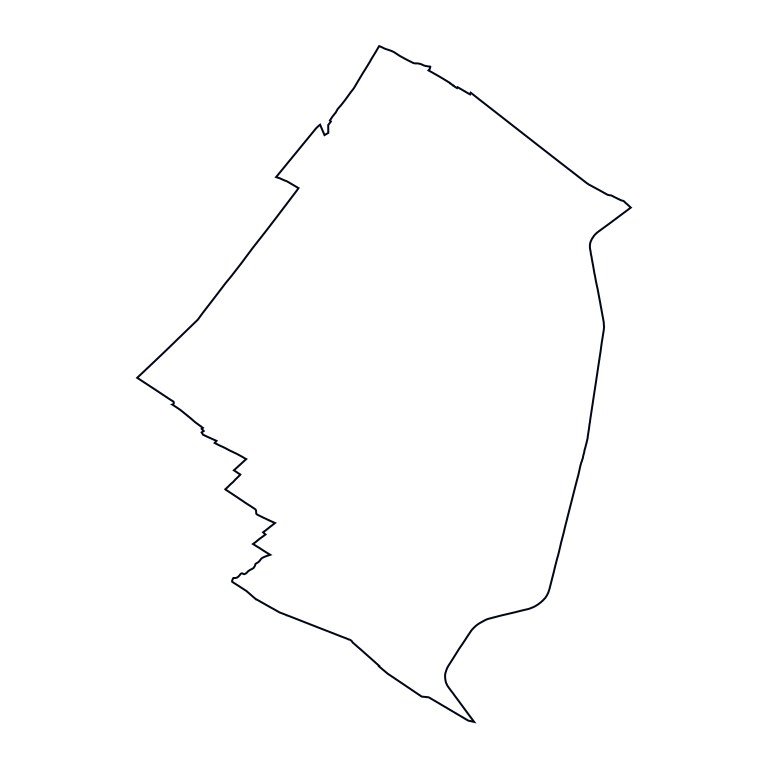 Lisse, Zuid-Holland, Netherlands (Equal Earth projection)
{"feature_id": "6326949B71801070478852", "entity_name": "Lisse", "entity_type": "district", "adm_level": 2, "iso_a3": "NLD", "parent_name": "Netherlands", "parent_adm1": "Zuid-Holland", "projection": "equal_earth", "projection_center": [4.545, 52.254], "detail": "fine", "context": "isolated", "style": "outline", "palette": "ink", "viewbox_px": 768, "rotation_deg": 0, "n_neighbors": 0, "source": "geoboundaries", "source_scale": "gbopen_adm2", "svg_char_len": 6004}
<svg xmlns="http://www.w3.org/2000/svg" viewBox="0 0 768 768"><path d="M630.8,207.6L626.8,203.9L626.1,203.4L624.8,202.1L624.1,201.4L623.5,201.0L623.3,200.9L620.8,200.2L614.3,197.0L612.6,196.1L611.7,195.6L610.9,195.4L609.4,195.2L608.9,195.1L607.4,194.7L599.7,190.4L591.6,186.0L589.9,185.1L588.6,184.4L587.7,183.7L586.7,183.1L583.9,180.9L559.2,161.8L537.5,144.9L493.6,110.6L478.7,99.0L472.9,94.4L470.7,92.7L470.0,94.4L459.2,88.1L457.6,87.2L457.0,88.1L453.1,85.6L453.3,85.4L452.7,85.0L450.1,83.4L450.2,83.1L448.2,81.9L442.7,78.5L437.9,75.7L436.0,74.6L431.2,71.9L428.5,70.4L429.5,69.3L429.8,68.8L430.3,66.7L430.0,66.5L429.3,66.5L428.9,66.5L428.2,66.4L425.8,66.0L424.3,65.6L423.5,65.3L422.2,64.7L420.6,64.0L418.7,63.6L417.9,63.4L415.8,63.4L414.3,63.3L413.8,63.1L412.9,62.8L408.1,60.4L405.2,58.9L399.6,55.8L394.4,52.4L393.8,52.0L391.6,51.0L390.2,50.5L389.4,50.2L386.0,49.1L384.4,48.5L382.9,47.7L379.2,46.1L378.6,47.0L375.4,52.5L372.0,58.0L371.2,59.3L370.1,61.4L367.3,66.0L365.4,69.1L364.6,70.4L363.4,72.2L355.7,85.1L354.0,88.0L353.7,88.4L353.1,89.3L351.0,91.9L345.5,99.5L342.8,103.0L340.8,105.5L339.1,107.4L337.7,109.0L336.8,110.6L335.7,112.6L334.9,113.5L332.4,116.7L329.9,120.5L330.9,121.5L328.6,124.5L328.2,125.1L328.3,132.9L324.5,135.1L320.7,126.1L320.1,124.7L318.6,125.9L318.5,126.0L316.0,128.4L293.8,155.5L276.1,177.1L279.9,178.3L283.5,180.0L287.3,181.5L298.5,188.1L297.0,190.3L276.6,217.2L266.7,230.1L265.4,231.8L255.1,244.9L252.6,248.1L241.3,263.3L231.7,275.7L225.3,283.5L213.5,299.0L204.3,310.9L201.5,314.6L197.8,319.7L188.8,328.4L183.2,333.8L169.4,347.2L164.2,352.2L155.5,360.5L137.2,377.8L140.7,380.1L141.6,380.7L162.1,394.2L169.0,398.8L173.6,401.7L173.6,402.3L173.8,402.9L173.8,403.2L173.8,403.4L173.5,403.8L173.2,404.3L172.3,404.6L176.5,407.3L180.3,409.9L184.4,413.2L191.4,418.9L194.9,422.0L202.9,427.9L201.7,428.9L203.7,431.0L201.6,432.4L203.1,434.8L203.6,435.0L206.8,436.5L216.5,440.9L214.7,443.0L219.2,445.3L223.2,447.1L225.8,448.4L229.9,450.6L235.0,453.0L236.9,453.9L242.6,457.0L245.2,458.6L246.2,459.1L240.5,464.3L233.9,470.3L235.3,471.2L240.3,474.6L239.9,475.1L235.1,479.8L234.7,480.3L233.5,481.6L232.9,482.2L230.7,484.1L227.7,487.1L225.3,489.3L225.6,489.6L228.2,491.3L242.3,500.7L245.2,502.7L247.7,504.3L252.4,507.3L253.1,507.8L254.4,508.6L255.1,509.2L255.6,509.6L255.9,510.2L256.1,511.3L256.2,512.4L256.2,512.7L256.2,513.3L256.3,513.6L256.4,513.9L256.8,514.3L257.6,514.8L259.6,515.8L263.7,517.8L270.5,521.0L275.0,523.0L269.4,527.4L266.3,529.9L263.1,532.3L265.5,534.5L262.3,536.9L259.1,539.2L258.0,540.1L256.0,541.8L253.0,544.0L256.5,546.2L259.8,548.2L262.0,549.7L265.5,551.9L270.2,554.8L267.2,555.8L266.1,556.2L264.1,557.0L263.0,557.5L262.1,558.1L261.7,558.3L261.0,559.0L260.6,559.5L260.2,560.1L259.5,561.0L258.3,562.2L258.0,562.4L256.5,563.2L256.2,563.4L255.8,563.7L255.6,563.9L255.4,564.1L255.4,564.3L254.9,565.9L253.6,568.0L252.6,568.6L251.1,569.4L250.5,569.7L249.3,570.4L248.8,570.8L248.2,571.2L247.6,571.8L247.0,572.5L246.4,573.0L246.1,573.3L245.7,573.5L245.2,573.8L244.8,574.0L244.5,574.1L244.2,574.1L243.8,574.1L243.5,574.0L243.0,573.7L242.7,573.6L242.4,573.5L242.1,573.4L241.8,573.4L241.5,573.4L241.3,573.5L241.0,573.7L240.7,573.9L240.4,574.2L239.9,574.9L239.2,575.7L238.5,576.5L238.0,576.9L237.6,577.2L237.1,577.5L236.8,577.7L236.3,577.8L235.9,577.9L235.5,578.0L234.5,578.0L234.0,578.0L233.4,578.0L233.1,578.5L232.9,578.8L232.7,579.3L232.3,580.2L232.2,580.4L232.2,580.6L232.1,581.1L232.1,581.3L232.1,581.5L232.2,581.8L232.3,581.9L246.3,590.9L253.2,596.9L256.0,599.3L256.1,599.2L270.6,607.4L273.9,609.2L277.4,611.2L279.5,612.4L285.8,614.8L286.4,615.2L286.5,615.1L288.3,615.8L292.2,617.3L295.0,618.4L297.8,619.5L308.5,623.7L342.3,636.9L346.9,638.6L347.4,638.9L348.8,639.5L349.6,639.6L350.1,639.9L351.5,640.8L352.8,642.6L360.6,649.4L367.6,655.6L379.2,665.9L378.9,666.3L387.7,673.7L401.4,682.9L421.7,696.6L427.9,697.2L428.8,697.4L429.4,697.7L450.6,710.2L468.2,720.6L474.1,721.9L468.6,714.5L457.2,699.0L455.1,696.2L452.8,693.0L451.6,691.5L448.8,687.7L448.1,686.7L447.6,686.0L447.3,685.4L446.9,684.7L446.6,683.9L446.2,683.1L445.9,682.3L445.6,681.0L445.3,679.2L445.1,677.4L445.1,675.8L445.1,675.2L445.2,674.3L445.4,673.2L446.0,671.3L446.5,669.8L447.2,667.9L447.7,667.1L448.4,665.8L449.8,663.6L452.5,659.4L459.2,648.7L460.7,646.5L462.3,644.2L465.3,639.7L466.8,637.3L471.5,630.3L472.3,629.4L474.1,627.5L475.5,626.2L476.3,625.5L478.0,624.2L480.1,622.9L483.0,621.3L485.2,620.1L486.5,619.5L487.8,619.0L492.7,617.7L495.8,616.9L501.2,615.5L514.0,612.5L516.1,612.0L518.0,611.5L520.6,610.8L523.4,610.2L524.9,609.8L528.4,609.0L530.2,608.4L531.1,608.0L533.2,607.2L534.8,606.4L536.4,605.5L538.5,604.1L539.4,603.4L541.2,602.0L542.1,601.1L542.9,600.5L543.5,599.8L544.8,598.4L545.4,597.7L546.4,596.2L546.8,595.6L547.6,594.0L548.1,593.0L548.4,592.3L548.6,591.7L549.1,590.2L549.6,588.5L552.7,576.3L553.3,574.0L553.9,571.6L554.6,568.5L555.3,565.7L556.1,562.7L557.1,558.7L558.3,554.6L560.2,546.6L561.2,542.2L561.8,540.0L563.9,531.9L564.9,527.5L566.3,522.0L568.5,513.3L571.7,500.7L575.6,485.3L578.5,474.3L580.5,465.2L581.0,463.7L581.2,462.8L581.9,461.0L582.3,459.5L582.8,458.3L583.0,457.0L583.1,456.4L583.5,454.9L583.9,453.3L584.3,451.9L584.3,451.3L584.5,450.4L584.7,449.6L585.4,447.2L586.8,441.7L587.1,440.5L587.5,438.6L587.7,437.4L587.8,436.4L588.2,433.6L588.5,431.6L588.8,429.9L589.3,426.1L589.5,424.6L589.7,423.3L590.0,421.9L590.1,420.5L594.1,394.1L595.7,383.7L597.1,374.3L597.7,370.3L599.9,355.8L600.6,351.3L601.2,346.6L602.0,341.0L602.3,339.3L603.0,334.8L603.8,329.9L603.9,328.7L604.0,327.8L604.1,326.9L604.0,326.5L603.9,324.9L603.7,322.1L603.4,320.4L601.2,308.3L600.7,305.8L600.3,303.3L599.1,297.0L598.1,291.6L597.5,288.4L596.8,285.4L595.9,281.0L595.0,276.0L594.5,273.8L594.2,272.2L593.8,269.7L593.3,266.8L592.0,259.8L591.9,259.1L591.4,256.1L590.9,254.2L590.8,252.8L590.1,249.0L589.9,247.3L589.9,245.6L590.1,243.7L590.6,241.8L591.0,240.8L592.0,238.8L594.0,235.8L595.1,234.5L597.1,232.6L599.4,230.9L602.1,228.9L608.0,224.6L621.3,214.7L630.8,207.6Z" fill="none" stroke="#020617" stroke-width="2"/></svg>